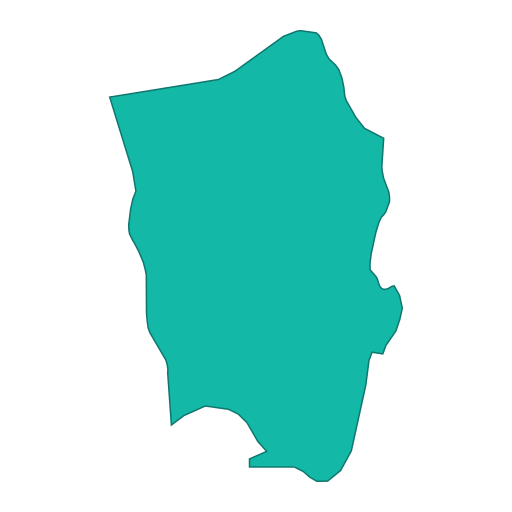 map outline of Saint Catherine (Equal Earth projection)
{"feature_id": "JAM-1380", "entity_name": "Saint Catherine", "entity_type": "Parish", "adm_level": 1, "iso_a3": "JAM", "parent_name": "Jamaica", "parent_adm1": "", "projection": "equal_earth", "projection_center": [-76.985, 18.04], "detail": "fine", "context": "isolated", "style": "filled", "palette": "teal", "viewbox_px": 512, "rotation_deg": 0, "n_neighbors": 0, "source": "natural_earth", "source_scale": "10m", "svg_char_len": 1279}
<svg xmlns="http://www.w3.org/2000/svg" viewBox="0 0 512 512"><path d="M402.3,308.2L399.8,319.4L395.9,330.9L385.9,345.5L382.8,353.9L372.1,352.2L369.0,360.3L365.8,385.1L351.3,450.9L340.6,470.5L327.6,481.1L316.9,481.3L309.8,477.2L303.3,471.5L294.3,467.0L249.5,467.0L249.5,458.9L266.7,451.4L257.9,441.6L247.0,422.7L238.4,414.2L228.5,409.3L205.2,406.0L184.0,415.5L171.4,425.0L167.7,372.9L167.9,369.3L167.2,364.7L165.8,359.9L150.1,333.1L149.1,330.6L148.1,327.6L147.2,321.2L146.5,312.9L146.3,274.9L145.2,269.4L143.3,262.2L138.8,251.5L134.2,242.7L132.9,240.7L129.6,234.1L128.9,230.2L128.7,224.8L130.6,209.1L132.9,198.9L135.9,191.1L132.7,171.7L109.7,97.1L218.4,79.5L234.9,71.3L283.5,36.3L296.0,31.5L298.3,30.9L300.8,30.7L316.3,32.9L319.0,35.4L321.4,39.3L326.3,54.2L329.1,59.0L335.5,65.0L338.9,69.8L342.0,78.3L343.8,87.1L344.8,96.3L346.5,101.0L356.0,117.6L364.6,128.4L383.7,138.3L381.8,166.8L382.2,171.0L383.5,177.9L388.8,192.1L389.6,197.5L389.5,201.7L386.7,209.5L385.7,211.9L384.3,214.0L382.8,215.8L381.2,217.3L378.7,223.1L375.9,232.2L371.1,254.2L370.0,263.7L370.1,269.8L376.0,276.6L376.7,277.7L377.5,279.4L379.0,284.4L380.1,286.7L381.6,288.4L383.5,289.3L385.7,289.3L387.8,288.7L391.9,286.4L394.1,285.8L399.6,295.6L402.3,308.2Z" fill="#14b8a6" stroke="#0f766e" stroke-width="1.5"/></svg>